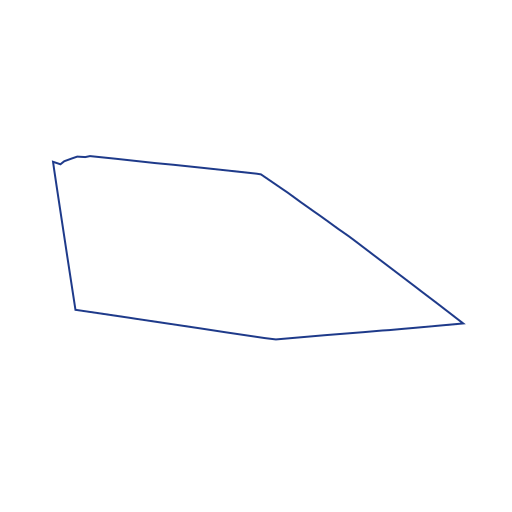 Trindade, Pernambuco, Brazil, rotated 99°
{"feature_id": "56859067B27392438986791", "entity_name": "Trindade", "entity_type": "district", "adm_level": 2, "iso_a3": "BRA", "parent_name": "Brazil", "parent_adm1": "Pernambuco", "projection": "robinson", "projection_center": [-40.306, -7.706], "detail": "fine", "context": "isolated", "style": "outline", "palette": "blue", "viewbox_px": 512, "rotation_deg": 99, "n_neighbors": 0, "source": "geoboundaries", "source_scale": "gbopen_adm2", "svg_char_len": 745}
<svg xmlns="http://www.w3.org/2000/svg" viewBox="0 0 512 512"><g transform="rotate(99 256 256)"><path d="M194.7,471.2L202.2,468.9L218.4,463.8L284.2,442.9L337.4,425.9L336.8,371.4L336.8,364.1L336.2,299.1L336.1,274.2L335.8,245.0L335.7,234.6L335.3,223.3L323.3,175.0L314.4,137.9L309.8,119.5L308.4,113.0L304.8,98.8L302.3,88.7L290.2,40.8L274.1,70.3L269.5,78.9L264.9,87.5L260.9,94.8L258.5,99.3L240.2,133.4L236.3,140.7L230.0,152.4L227.4,157.2L222.1,167.2L216.3,179.2L208.7,194.1L205.3,200.9L203.0,205.7L195.8,220.3L188.3,234.9L186.2,239.4L174.6,263.9L174.6,268.5L177.3,322.9L178.8,351.8L180.0,370.3L181.9,410.1L183.3,435.6L185.0,440.1L185.8,448.1L188.4,453.0L192.4,460.2L196.0,463.5L194.7,471.2Z" fill="none" stroke="#1e3a8a" stroke-width="2"/></g></svg>